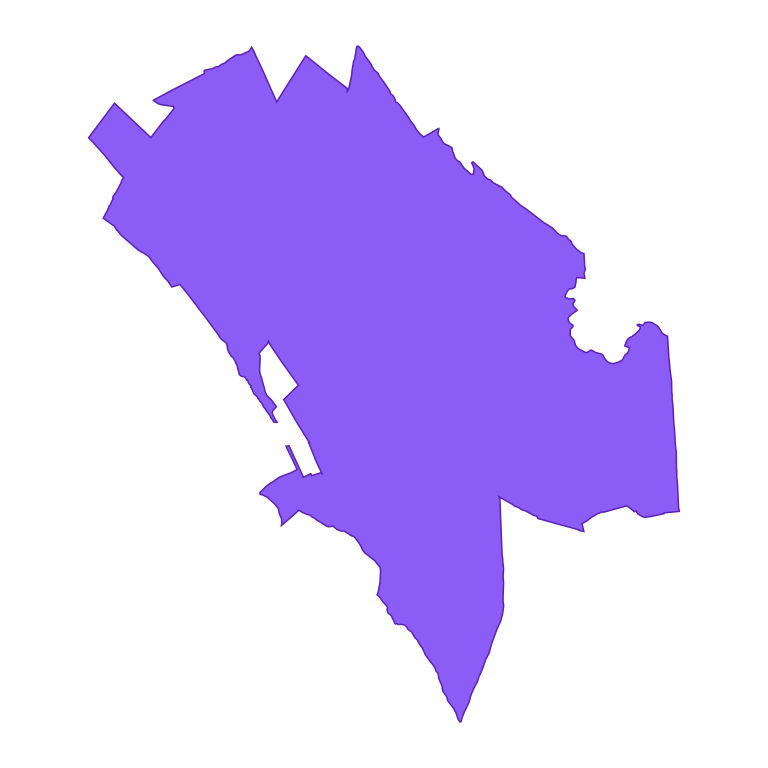 outline of Prajeni, Botosani, Romania
{"feature_id": "2599482B83744359895474", "entity_name": "Prajeni", "entity_type": "district", "adm_level": 2, "iso_a3": "ROU", "parent_name": "Romania", "parent_adm1": "Botosani", "projection": "orthographic", "projection_center": [27.028, 47.48], "detail": "fine", "context": "isolated", "style": "filled", "palette": "violet", "viewbox_px": 768, "rotation_deg": 0, "n_neighbors": 0, "source": "geoboundaries", "source_scale": "gbopen_adm2", "svg_char_len": 6080}
<svg xmlns="http://www.w3.org/2000/svg" viewBox="0 0 768 768"><path d="M88.7,137.6L89.2,138.6L94.0,143.3L105.9,156.8L112.6,165.3L120.7,174.8L123.6,177.5L121.8,180.6L120.9,183.0L116.3,191.9L113.0,196.4L112.6,199.6L111.3,202.2L110.5,204.6L109.4,205.6L107.5,210.2L103.2,218.2L114.6,226.4L114.9,226.8L115.1,227.9L121.4,235.5L136.5,248.6L138.2,250.1L144.7,253.7L149.2,257.0L151.9,260.9L158.4,268.6L163.5,276.4L167.8,281.0L171.8,287.0L180.0,284.5L189.2,296.0L206.7,319.0L218.5,335.0L219.7,337.4L221.7,339.6L226.7,343.4L226.6,345.0L227.2,345.6L227.6,349.3L228.1,350.1L228.5,352.1L231.0,355.5L231.0,356.0L233.4,358.0L235.3,361.6L235.5,362.8L237.0,365.0L237.8,369.3L238.8,371.8L238.8,373.2L239.1,373.9L240.3,375.6L242.2,376.4L244.3,376.6L245.6,378.1L246.6,380.1L247.9,380.4L248.1,382.3L249.6,384.6L250.9,385.5L250.7,387.2L251.7,388.3L251.8,389.2L252.3,389.6L252.7,391.2L254.1,393.9L257.2,396.8L257.8,398.2L259.5,400.1L259.9,401.3L261.5,402.8L262.8,405.2L263.3,406.6L266.0,409.8L266.6,411.6L267.4,412.0L269.4,414.6L271.0,417.8L273.0,420.7L273.3,421.5L274.0,422.3L277.2,422.3L275.0,419.2L272.3,413.5L272.2,412.6L272.8,410.7L276.4,406.8L271.6,400.0L266.9,395.6L264.9,391.1L264.1,387.0L263.2,384.4L261.5,377.4L260.8,376.0L259.8,372.7L259.6,369.2L260.2,358.2L260.0,355.6L259.3,353.4L259.5,352.6L267.6,343.5L268.5,341.3L269.7,344.1L281.5,361.6L298.4,385.3L283.6,399.7L284.2,400.3L296.3,421.6L309.3,442.5L308.6,442.5L316.4,461.9L321.8,473.4L320.9,472.9L319.4,473.2L311.6,475.7L310.8,473.6L303.5,477.3L289.0,445.7L286.0,446.2L295.2,465.3L297.0,469.7L290.9,472.8L279.7,477.0L272.6,482.0L271.2,482.6L265.8,486.6L262.5,490.2L260.3,491.9L259.9,493.2L260.1,494.4L262.5,494.9L267.2,497.2L274.1,503.4L277.8,507.8L278.7,510.0L279.3,513.6L281.6,518.8L281.8,523.0L281.4,525.5L293.0,515.6L298.8,510.2L303.6,513.0L307.9,514.7L309.6,514.8L312.3,517.2L314.4,518.1L316.6,520.0L327.1,526.4L328.8,526.8L332.7,526.2L333.3,526.4L337.2,529.6L340.8,531.0L344.2,531.1L351.8,536.0L353.5,536.2L354.7,537.3L359.0,543.1L361.7,547.8L362.2,549.6L364.6,552.7L374.6,560.5L378.6,565.6L379.9,566.7L380.6,570.8L380.0,582.3L378.1,592.5L377.1,594.8L379.4,596.9L383.1,602.1L386.8,606.0L387.3,607.1L387.5,608.2L387.0,609.4L387.8,612.5L388.4,613.3L390.2,614.5L390.9,615.5L392.0,616.4L392.0,617.6L393.4,620.0L394.9,623.6L395.4,624.0L396.8,623.6L398.3,624.5L402.2,624.4L404.7,625.2L407.1,627.4L407.4,628.6L408.0,629.4L411.6,632.0L414.9,637.7L417.2,639.8L419.7,644.5L422.3,648.0L425.6,655.2L434.6,667.2L436.3,671.5L438.1,673.3L438.6,677.2L439.3,679.7L442.4,687.0L442.1,688.3L443.1,691.7L446.6,696.5L447.8,700.8L454.2,709.2L454.6,710.7L455.6,712.0L456.4,714.1L457.7,718.3L459.7,721.9L460.7,721.8L461.2,721.2L462.1,717.7L464.0,712.8L469.3,701.7L470.2,697.6L471.5,693.8L473.7,688.6L477.6,681.2L478.9,676.9L482.4,669.1L485.6,659.8L489.2,652.8L491.4,644.5L496.8,629.6L500.6,621.3L502.7,613.5L503.7,605.3L503.1,602.3L503.1,595.9L503.6,582.9L503.1,576.0L503.6,568.6L502.9,562.9L502.6,557.9L502.1,554.8L499.9,498.5L499.1,496.8L511.9,504.1L514.5,506.0L518.6,507.6L522.2,509.9L525.7,511.0L534.2,515.6L536.8,516.1L537.8,518.5L578.5,529.7L578.7,530.4L583.9,531.5L582.0,523.6L586.0,521.5L591.0,517.7L597.6,513.7L599.6,513.2L601.0,512.2L604.4,512.0L626.7,505.9L630.0,508.0L634.2,511.6L635.9,511.2L638.3,514.2L642.6,516.7L644.5,517.3L649.8,516.7L664.0,513.7L663.9,512.9L679.3,511.4L678.6,507.7L677.5,484.8L676.7,475.6L676.9,473.8L676.6,472.0L676.8,470.2L676.5,468.4L676.3,452.1L675.5,446.3L674.5,429.4L673.7,421.9L673.0,406.6L672.1,398.9L672.2,395.3L671.8,392.5L671.6,381.1L670.0,369.6L669.3,360.6L668.9,358.1L667.5,336.1L664.5,334.8L662.1,333.0L658.6,327.2L656.8,325.4L654.2,324.1L652.7,322.8L649.1,322.1L645.3,322.5L644.3,323.3L643.4,324.8L641.9,325.3L639.5,324.3L637.5,324.5L637.3,325.2L638.5,326.2L639.4,326.0L640.0,326.6L640.2,328.1L639.9,329.1L638.9,330.6L634.7,334.5L633.1,335.5L632.4,336.4L629.8,337.5L628.3,338.8L626.4,341.2L625.7,343.8L624.9,345.3L624.9,346.0L625.2,346.3L629.0,347.5L629.4,348.0L628.3,351.6L626.9,353.6L624.9,355.0L622.5,359.8L618.8,362.0L614.1,363.5L612.1,363.5L609.5,363.0L607.0,361.2L604.5,358.3L603.0,355.1L601.6,354.1L595.6,352.5L591.8,350.2L590.5,350.1L588.3,351.8L586.6,352.5L585.1,352.3L578.1,348.5L575.5,345.4L574.2,340.3L571.5,337.4L570.3,335.5L570.2,331.3L570.6,329.1L571.2,328.3L572.2,327.7L573.0,326.3L572.9,325.2L570.0,323.3L568.7,321.3L568.1,318.6L568.4,317.5L569.6,316.1L572.1,313.9L577.2,310.3L573.7,306.4L573.0,305.0L573.0,303.6L574.9,300.7L574.5,299.5L573.5,298.6L569.0,299.0L565.1,297.1L565.3,295.3L567.4,291.1L569.0,289.1L570.8,288.7L571.9,288.9L574.9,287.2L576.0,282.1L576.2,279.4L576.8,277.5L584.9,278.3L584.0,273.3L585.4,269.0L584.6,265.0L584.0,253.6L580.7,252.4L576.1,248.8L572.1,244.1L570.9,241.1L568.6,239.4L566.6,236.6L565.4,235.9L561.9,235.8L558.4,234.1L552.2,227.8L543.9,222.7L526.2,209.1L520.6,205.3L511.4,197.0L510.5,195.0L504.7,190.2L501.8,187.0L498.9,185.8L493.0,182.6L490.8,180.1L487.2,178.7L484.3,175.8L482.8,171.5L481.7,169.9L473.1,161.9L471.7,162.7L474.1,168.5L473.6,172.4L473.3,173.9L472.8,174.4L471.0,174.3L470.2,173.8L467.8,171.3L464.3,168.5L459.5,161.6L457.5,160.7L455.2,158.2L453.3,152.7L452.5,151.7L452.4,149.1L451.8,147.6L448.5,145.6L444.8,144.1L442.9,142.3L440.7,138.2L438.1,134.8L437.9,134.1L438.9,129.4L438.7,128.4L423.3,137.2L422.1,135.6L420.3,134.3L416.4,129.7L414.5,126.0L410.5,120.8L408.1,116.7L400.1,105.6L397.7,103.0L395.6,101.7L395.1,99.5L393.7,96.6L392.7,95.3L390.9,94.2L389.5,90.6L382.7,80.5L379.5,76.4L378.0,73.2L374.5,70.3L371.7,65.9L371.0,64.1L365.1,56.0L363.0,51.7L359.6,47.2L358.5,46.3L357.4,46.1L356.9,46.4L356.5,47.7L354.7,58.9L353.6,61.2L352.0,70.7L351.7,74.8L349.3,86.3L348.3,89.7L347.3,91.1L347.5,88.9L347.0,88.2L329.8,75.0L305.8,55.7L276.7,101.9L261.6,67.9L255.7,55.7L254.3,52.0L251.7,47.2L249.4,50.8L247.9,51.7L240.5,54.9L238.2,54.6L236.0,55.0L227.1,60.9L224.9,63.0L221.6,64.3L218.4,66.6L215.3,67.1L213.0,68.4L204.2,70.4L204.3,73.5L204.0,73.8L171.5,90.4L153.4,100.2L154.7,101.5L158.1,103.7L161.6,104.8L173.4,106.4L173.5,107.3L174.1,108.3L164.5,120.6L164.1,120.3L150.8,137.6L114.5,103.2L88.7,137.6Z" fill="#8b5cf6" stroke="#5b21b6" stroke-width="1.5"/></svg>